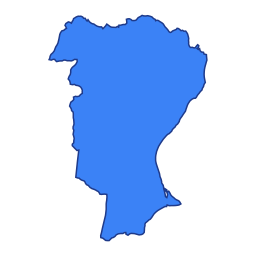 São Francisco de Itabapoana, Rio de Janeiro, Brazil
{"feature_id": "56859067B40188344315661", "entity_name": "São Francisco de Itabapoana", "entity_type": "district", "adm_level": 2, "iso_a3": "BRA", "parent_name": "Brazil", "parent_adm1": "Rio de Janeiro", "projection": "mercator", "projection_center": [-41.135, -21.454], "detail": "fine", "context": "isolated", "style": "filled", "palette": "blue", "viewbox_px": 256, "rotation_deg": 0, "n_neighbors": 0, "source": "geoboundaries", "source_scale": "gbopen_adm2", "svg_char_len": 4498}
<svg xmlns="http://www.w3.org/2000/svg" viewBox="0 0 256 256"><path d="M65.0,25.4L65.7,26.5L66.5,28.3L64.9,29.3L63.7,30.4L61.9,30.8L60.6,32.5L59.8,34.4L59.4,36.6L59.0,38.7L58.6,40.4L58.0,42.9L57.1,44.8L55.8,46.8L55.0,48.8L54.3,50.8L52.8,52.8L51.0,54.4L50.1,56.3L49.8,58.1L49.1,59.6L51.3,60.1L53.2,59.3L54.7,59.4L55.6,60.7L56.7,61.6L58.4,61.2L60.0,60.9L62.2,60.9L63.8,60.1L65.2,60.1L67.1,60.7L69.3,60.7L71.2,60.9L72.6,60.5L74.5,59.4L77.0,59.5L77.2,61.6L75.9,64.1L74.5,65.6L73.3,66.5L72.2,67.5L71.4,68.6L70.7,69.9L70.7,72.4L70.3,74.4L69.5,75.7L68.8,77.1L68.2,79.0L69.6,80.7L70.2,82.7L70.3,84.2L72.4,84.7L74.5,84.4L76.0,85.3L78.0,85.6L79.5,86.2L80.7,87.1L81.6,88.5L82.3,90.1L82.2,91.7L82.3,93.4L80.6,94.5L79.1,96.2L77.0,96.6L75.5,96.3L73.5,97.1L73.8,99.5L72.5,100.9L70.8,102.2L70.1,104.3L69.6,106.1L70.4,107.3L71.3,108.9L71.6,110.6L73.1,112.1L73.3,113.5L73.3,114.9L73.3,116.4L73.3,117.8L73.7,119.6L73.9,121.9L74.0,124.0L73.6,125.5L73.1,126.8L73.1,128.8L73.8,130.2L73.5,132.2L73.1,134.3L73.7,136.3L74.2,138.4L73.8,140.8L73.7,142.8L72.3,144.2L72.3,145.7L73.4,146.8L74.4,147.9L77.0,150.5L78.8,150.1L77.5,161.0L75.8,177.3L77.7,178.0L79.2,178.2L80.4,179.4L82.1,180.3L83.9,180.8L85.0,182.0L85.6,183.5L86.6,184.7L88.4,185.5L90.0,187.4L91.9,188.6L94.0,189.3L95.6,190.0L96.8,190.8L98.1,191.4L99.1,192.5L99.8,194.1L101.5,194.4L103.0,194.2L104.7,194.1L106.8,194.4L107.0,197.0L106.8,199.0L106.7,200.3L106.4,202.1L106.2,204.0L106.2,209.4L105.8,213.0L105.5,215.4L102.4,228.3L101.6,232.2L100.7,235.6L100.8,237.6L102.9,238.2L105.6,240.4L107.4,240.6L109.1,240.6L110.2,239.5L111.7,238.0L113.5,237.4L115.0,236.4L116.3,234.8L118.4,233.8L120.7,233.5L122.9,233.5L124.4,232.6L125.8,232.5L126.0,234.2L128.0,235.2L129.8,233.8L131.2,233.4L134.4,233.6L136.6,234.2L139.1,234.9L141.7,234.5L143.0,233.8L144.2,232.4L144.4,230.0L144.5,227.6L145.0,225.7L144.9,224.3L145.5,222.9L146.5,222.1L147.7,221.1L148.8,220.0L150.3,219.2L151.7,217.5L152.9,215.6L154.2,213.7L156.2,211.8L158.0,210.4L160.2,209.1L162.9,207.6L165.0,206.5L166.6,206.5L167.1,205.0L169.2,205.7L171.4,205.6L173.4,205.6L175.6,205.5L178.0,205.2L179.4,204.8L180.9,203.9L179.4,201.4L178.1,200.5L176.5,199.8L175.2,199.0L173.7,197.6L172.2,196.5L170.9,195.1L169.7,192.7L168.7,191.2L167.0,192.3L167.6,194.6L167.3,196.1L166.8,197.6L165.5,196.6L165.3,195.3L164.4,191.0L163.8,189.2L163.5,186.8L163.2,185.3L161.7,183.0L161.6,181.4L161.1,179.3L160.0,176.6L159.5,173.6L157.3,167.0L156.3,163.9L155.8,161.8L155.6,160.3L155.6,158.7L155.6,157.1L155.8,155.2L156.2,153.4L156.6,151.4L157.2,149.9L157.8,148.3L158.6,146.4L159.8,144.4L160.8,142.8L161.9,141.2L162.7,140.0L163.5,138.9L164.9,137.3L166.3,135.7L167.6,134.4L169.3,133.5L170.4,132.4L171.6,131.3L172.4,129.6L173.8,128.1L175.0,127.1L176.0,125.3L177.6,124.0L179.2,121.6L179.7,119.7L180.6,118.2L182.0,116.3L183.2,114.4L184.3,112.8L185.4,111.3L186.1,109.0L186.8,107.0L187.5,105.0L188.3,103.4L189.1,102.2L189.9,101.0L191.0,100.0L192.3,99.0L193.8,98.3L195.5,98.2L196.4,97.2L197.2,95.7L198.1,94.4L199.1,93.3L200.4,91.5L201.9,90.1L202.5,88.1L203.5,86.6L203.8,85.2L204.3,83.9L205.3,82.5L204.8,80.0L204.4,77.9L204.2,76.1L204.1,74.4L204.2,72.3L204.4,69.8L204.8,67.6L205.3,65.6L205.9,63.5L206.3,62.0L206.9,60.1L206.7,58.1L206.5,56.0L206.4,54.6L204.0,54.0L203.5,52.3L201.4,52.0L200.1,50.7L199.6,48.7L198.3,49.5L197.1,48.5L198.4,47.6L198.8,45.7L197.7,44.7L196.7,45.7L195.9,46.8L195.0,47.9L193.7,47.8L192.3,47.3L190.6,47.5L189.6,46.6L188.9,45.1L188.6,43.7L188.7,42.3L188.5,40.5L188.7,38.4L188.3,36.6L187.6,34.0L186.8,32.6L185.7,31.1L183.8,31.2L182.6,30.3L181.0,30.7L179.7,29.4L178.3,28.5L177.1,28.3L176.3,29.4L174.6,30.1L172.5,31.0L171.4,32.1L170.2,32.5L169.0,31.7L167.7,29.7L166.3,28.1L165.0,26.8L163.3,24.0L161.9,22.8L159.7,21.5L158.5,20.6L156.9,20.2L155.6,20.7L155.2,19.4L153.6,18.6L151.9,16.9L149.9,16.2L147.7,15.7L145.8,16.0L143.7,15.9L142.1,15.4L140.4,16.5L138.2,17.6L136.9,19.2L135.8,20.3L134.0,20.6L132.0,20.5L131.0,19.5L129.5,18.8L128.1,18.8L126.4,19.3L126.7,21.3L126.8,23.1L125.3,24.5L123.1,24.5L120.7,25.2L118.9,25.2L118.6,27.1L117.4,26.4L116.0,27.4L113.7,27.3L111.6,27.2L110.2,26.6L108.5,25.3L106.8,24.1L105.6,25.9L104.4,27.2L102.9,28.7L101.6,26.9L99.7,26.9L97.4,26.3L95.6,25.3L93.8,24.0L92.2,23.7L91.0,23.0L89.4,21.8L88.0,19.7L87.1,21.0L86.1,19.9L85.2,18.3L83.6,18.3L82.7,17.0L80.9,16.2L79.6,16.3L78.2,16.2L76.3,16.9L75.1,17.7L73.6,18.6L73.1,20.2L72.1,21.7L71.4,23.2L69.9,22.3L68.3,21.9L67.0,22.8L65.8,23.6L65.0,25.4ZM167.0,192.3L166.8,189.9L165.1,188.8L165.8,191.0L167.0,192.3Z" fill="#3b82f6" stroke="#1e3a8a" stroke-width="1.5"/></svg>